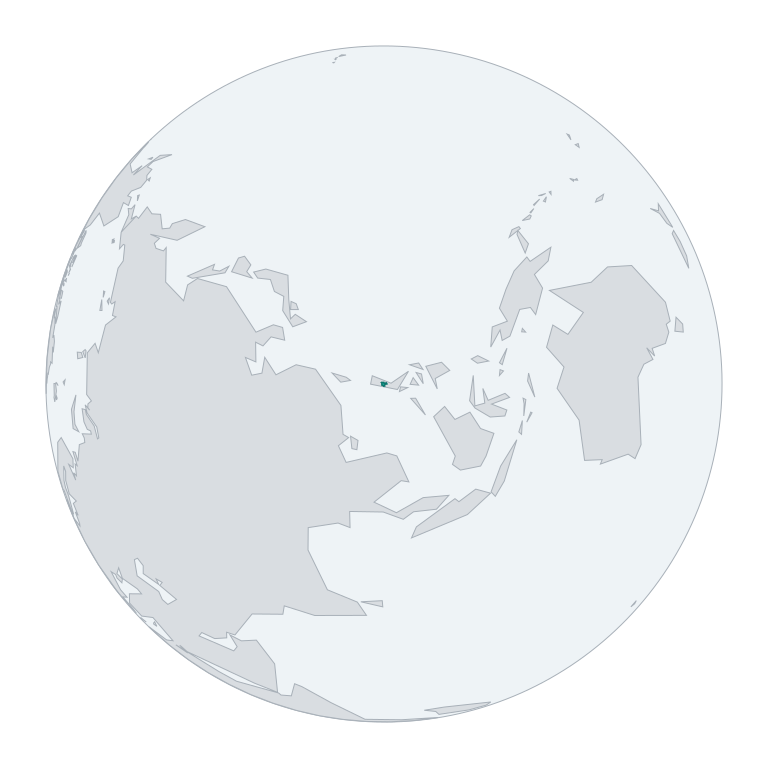 globe centered on Nueva Vizcaya, rotated 280°
{"feature_id": "PHL-2553", "entity_name": "Nueva Vizcaya", "entity_type": "Province", "adm_level": 1, "iso_a3": "PHL", "parent_name": "Philippines", "parent_adm1": "", "projection": "orthographic", "projection_center": [121.162, 16.271], "detail": "fine", "context": "on_globe", "style": "filled", "palette": "teal", "viewbox_px": 768, "rotation_deg": 280, "n_neighbors": 0, "source": "natural_earth", "source_scale": "10m", "svg_char_len": 10583}
<svg xmlns="http://www.w3.org/2000/svg" viewBox="0 0 768 768"><g transform="rotate(280 384 384)"><circle cx="384" cy="384" r="338" fill="#eef3f6" stroke="#a8b0b8"/><path d="M661.9,520.9L661.5,523.0L661.2,523.4L661.9,520.9ZM581.9,110.1L556.6,95.8L548.3,99.2L557.0,107.9L546.3,100.9L570.3,123.9L573.1,135.4L563.0,118.0L556.7,113.2L555.1,118.1L548.2,114.3L543.5,114.9L535.4,110.3L530.1,101.7L524.8,98.9L524.0,102.7L515.4,101.3L517.4,95.9L502.6,93.2L491.0,80.7L502.9,74.1L489.6,67.1L483.6,61.2L477.3,59.4L472.4,57.9L495.7,65.1L518.4,74.0L540.4,84.5L561.6,96.5L581.9,110.1ZM454.2,53.5L454.3,53.5L450.4,52.7L444.7,51.7L445.5,51.7L454.2,53.5ZM701.4,289.5L698.6,282.5L700.8,285.0L701.4,289.5ZM696.5,279.6L697.6,281.7L696.7,280.3L696.5,279.6ZM695.6,279.5L696.3,279.6L695.8,280.3L695.6,279.5ZM694.7,280.3L695.1,279.6L695.1,280.0L694.7,280.3ZM692.2,279.3L691.5,278.8L691.6,277.4L692.2,279.3ZM584.7,112.1L584.2,111.8L584.0,111.6L584.7,112.1ZM576.0,107.0L573.3,104.9L581.4,110.1L580.5,109.7L576.0,107.0ZM564.8,115.7L564.8,113.1L567.2,117.1L564.8,115.7ZM544.3,115.8L546.5,118.0L543.1,117.5L544.3,115.8ZM527.6,110.2L521.5,109.3L526.8,108.7L527.6,110.2ZM517.4,107.7L502.7,106.5L506.3,110.8L487.8,98.8L506.4,103.3L512.4,101.6L512.6,104.8L517.4,107.7ZM459.8,54.7L461.9,55.2L456.8,54.0L456.5,54.0L459.8,54.7ZM461.5,55.1L484.6,62.0L482.7,62.3L475.4,59.6L477.1,61.6L464.8,58.2L461.0,56.4L464.7,56.7L457.2,55.4L461.5,55.1ZM479.9,92.9L475.6,91.7L479.1,91.4L479.9,92.9ZM449.3,52.6L454.1,53.6L452.8,53.8L442.9,51.8L446.5,52.3L449.3,52.6ZM483.6,64.0L480.9,64.3L470.1,61.5L467.6,61.3L464.3,58.2L483.6,64.0ZM443.9,51.8L437.9,50.9L433.3,50.0L444.5,51.6L443.9,51.8ZM456.7,54.9L455.6,55.0L453.0,54.2L456.7,54.9ZM416.9,47.7L419.7,48.0L414.6,47.5L416.9,47.7ZM435.9,50.7L437.5,51.1L438.1,51.4L433.3,50.8L435.9,50.7ZM457.0,56.8L453.1,55.8L457.8,57.9L449.9,56.4L449.1,54.8L446.2,54.9L443.8,54.5L445.8,53.7L457.0,56.8ZM430.1,51.1L426.4,49.5L415.6,48.0L415.5,47.8L432.9,50.3L430.1,51.1ZM439.2,52.6L433.5,51.5L436.2,51.5L441.7,52.2L439.2,52.6ZM444.9,56.2L457.1,58.8L456.9,59.1L444.9,56.2ZM426.5,50.6L427.4,51.1L425.4,50.5L426.5,50.6ZM438.6,54.3L443.0,55.1L442.6,55.4L438.6,54.3ZM425.7,51.7L424.6,51.0L428.2,51.3L425.7,51.7ZM431.2,52.9L429.6,53.2L430.3,51.8L433.2,53.1L431.2,52.9ZM437.5,54.5L438.7,55.0L435.8,54.2L437.5,54.5ZM412.4,51.4L412.4,49.6L420.5,50.0L419.5,51.6L412.4,51.4ZM102.1,197.7L104.1,194.8L94.2,214.4L94.5,220.8L113.9,197.0L113.4,185.7L124.1,171.5L133.2,169.7L135.2,181.7L139.4,176.7L147.2,160.1L156.9,154.6L150.9,153.9L146.5,160.2L142.7,160.4L146.5,154.8L149.8,152.8L151.8,147.9L135.6,160.3L129.4,168.0L129.0,163.7L118.5,176.5L115.2,180.0L131.5,159.7L136.9,153.9L156.5,134.2L177.2,116.7L199.3,101.0L199.2,101.1L214.6,91.8L215.1,91.9L205.8,97.1L197.7,102.3L191.4,109.2L194.0,108.4L204.5,102.2L201.5,105.6L212.5,98.8L215.3,101.3L221.2,93.1L233.7,87.3L242.5,85.7L247.7,82.8L233.4,85.6L226.8,88.3L219.4,92.7L202.2,100.8L201.6,100.3L223.5,87.5L225.0,85.9L241.5,78.0L270.0,72.8L275.2,75.4L256.4,90.6L247.6,92.5L250.1,87.5L235.8,97.1L242.7,93.8L240.2,97.1L251.6,93.7L250.3,96.0L263.4,89.4L263.1,91.8L254.8,96.0L271.4,94.5L274.4,99.5L278.8,98.2L282.6,95.5L283.8,104.5L286.9,103.2L287.8,99.7L294.6,95.1L307.2,91.0L306.9,94.3L302.3,96.2L292.3,105.9L280.2,111.4L281.4,112.5L291.8,108.6L304.0,96.6L311.6,93.3L307.1,98.7L309.3,96.4L313.0,95.9L316.5,98.8L322.0,93.0L363.2,86.4L373.9,92.4L365.2,97.2L393.7,99.5L403.6,108.4L404.3,104.7L418.4,104.9L415.5,102.0L416.9,100.4L451.9,102.0L459.9,105.8L475.8,104.6L476.2,103.1L471.2,100.0L487.8,98.8L506.3,110.8L504.5,113.5L517.3,120.1L511.3,125.9L512.3,134.5L498.3,138.6L500.3,145.9L505.2,147.7L511.5,159.9L507.8,180.3L489.6,155.3L490.9,127.9L488.5,137.7L482.7,133.4L478.0,135.9L476.8,143.7L480.6,145.8L446.4,151.3L431.1,172.2L447.5,173.4L455.5,182.0L452.5,212.0L412.8,248.9L423.1,264.8L422.1,274.3L409.9,278.6L410.8,264.6L400.5,258.2L402.9,250.3L383.5,254.0L386.1,242.9L369.7,252.2L373.5,261.9L389.6,261.9L374.3,276.0L387.7,294.1L386.7,314.0L355.4,345.3L327.3,352.4L325.1,358.5L315.3,349.8L300.2,360.3L316.6,398.8L315.4,409.1L291.9,425.5L291.8,417.7L265.9,394.7L259.4,418.6L278.9,442.3L285.6,467.2L269.8,457.4L263.3,435.3L254.1,426.5L257.8,405.5L252.5,372.3L236.7,375.5L239.1,362.9L229.4,334.3L207.3,338.0L171.5,364.0L164.6,395.6L153.1,406.9L144.0,356.0L148.2,324.3L139.7,324.4L134.6,294.0L111.0,280.8L112.2,272.1L106.7,273.2L103.9,261.5L107.6,247.7L103.8,245.6L95.1,282.4L99.8,285.0L110.1,275.9L106.3,288.2L109.6,302.8L89.4,324.9L61.9,332.7L66.9,308.4L86.3,236.5L90.1,230.4L90.5,229.7L91.2,228.2L85.0,237.5L91.0,224.3L72.2,271.2L65.7,290.3L61.4,333.9L59.8,336.6L60.8,346.9L73.3,348.0L71.7,355.7L61.0,387.1L50.5,423.6L56.4,459.6L63.3,488.1L65.0,495.4L57.9,472.6L52.5,449.3L48.7,425.7L46.6,401.9L46.1,378.0L47.4,354.1L50.4,330.4L55.0,306.9L61.3,283.9L69.1,261.3L78.6,239.3L89.6,218.1L102.1,197.7ZM141.5,148.7L132.1,158.9L134.8,155.8L134.3,156.3L141.5,148.7ZM129.4,209.4L135.8,217.1L146.7,198.2L150.1,200.0L152.5,193.4L147.5,196.9L155.5,179.8L163.3,178.4L169.6,171.5L167.7,168.7L152.2,174.2L140.5,198.2L133.2,203.1L129.4,209.4ZM439.1,50.6L437.7,50.4L431.3,49.6L426.8,49.0L429.9,49.2L421.7,48.3L422.5,48.3L439.1,50.6ZM316.4,52.9L315.7,53.1L315.9,53.0L316.4,52.9ZM379.4,46.1L383.6,46.2L397.7,46.7L400.5,47.1L394.2,47.0L401.5,47.7L391.4,47.9L393.3,48.4L385.2,49.6L371.9,49.7L374.9,50.4L368.9,52.0L357.7,52.8L363.2,51.2L346.8,53.5L347.9,51.8L345.9,52.2L342.4,51.5L334.7,51.7L336.8,51.0L332.9,51.4L330.5,51.4L325.9,51.9L327.9,51.1L322.4,51.9L326.6,51.1L316.5,52.9L324.9,51.3L323.8,51.5L351.5,47.7L379.4,46.1ZM409.8,51.6L393.6,51.0L386.3,50.2L403.4,48.6L403.2,48.0L413.9,48.0L424.3,49.6L420.3,49.3L418.8,49.5L416.1,48.9L417.2,49.6L411.6,49.5L410.9,50.2L405.9,49.7L409.8,51.6ZM205.7,97.3L205.6,97.7L203.0,99.4L199.9,101.1L205.7,97.3ZM309.2,62.9L313.6,61.3L315.2,61.3L327.2,58.9L327.4,60.5L320.2,62.6L309.2,62.9ZM110.0,199.4L105.9,202.4L107.6,198.9L108.6,198.6L110.0,199.4ZM111.9,184.7L108.3,191.2L110.6,186.4L111.9,184.7ZM311.4,64.3L316.3,62.9L313.3,64.6L311.4,64.3ZM328.1,61.6L325.8,63.4L328.8,60.4L328.1,61.6ZM207.4,665.8L214.5,670.1L211.1,669.0L207.4,665.8ZM76.3,499.4L89.4,544.4L85.4,540.2L77.8,524.2L68.2,495.5L70.5,491.8L69.7,480.3L76.3,499.4ZM371.2,531.2L381.8,533.4L381.4,534.8L371.2,531.2ZM360.2,525.1L372.1,526.6L358.3,528.2L360.2,525.1ZM376.8,527.2L388.9,525.4L394.2,523.4L393.3,526.4L376.8,527.2ZM352.2,524.5L309.3,519.3L292.7,513.1L296.4,508.2L323.4,513.1L352.2,524.5ZM295.0,507.9L269.9,488.8L237.2,437.8L248.9,440.7L283.4,473.8L281.1,478.2L296.4,492.6L295.0,507.9ZM356.9,486.8L354.5,500.8L330.7,497.0L320.0,493.4L312.5,474.2L316.7,465.4L325.4,466.7L360.4,438.6L372.4,447.6L361.4,460.0L371.2,473.5L356.9,486.8ZM165.5,399.0L170.3,419.9L164.3,421.5L165.5,399.0ZM375.5,417.6L360.7,430.2L374.5,412.8L375.5,417.6ZM384.1,400.8L384.6,408.0L379.2,400.5L384.1,400.8ZM323.9,368.2L314.6,368.7L314.8,363.6L326.8,360.1L323.9,368.2ZM385.8,331.0L384.1,345.6L381.7,350.4L378.3,341.1L385.8,331.0ZM319.8,82.5L302.8,83.5L290.7,86.6L284.0,91.7L286.1,85.6L304.8,80.6L319.8,82.5ZM357.8,85.2L363.6,81.7L366.0,83.7L365.0,84.8L357.8,85.2ZM357.8,82.8L355.7,78.0L362.1,76.4L362.5,80.4L357.8,82.8ZM332.8,69.2L327.8,69.2L330.3,67.6L332.8,69.2ZM582.1,641.7L585.5,642.5L575.8,650.9L562.7,659.8L550.8,664.1L582.1,641.7ZM487.1,669.7L486.5,661.3L500.5,660.0L494.9,667.7L487.1,669.7ZM591.3,634.7L599.9,625.7L603.1,615.7L602.2,624.3L609.1,622.8L588.4,641.2L591.3,634.7ZM434.8,632.9L368.9,647.7L354.1,644.2L357.3,636.6L342.7,611.0L347.4,612.0L343.6,594.8L382.3,582.4L409.8,555.2L432.0,558.3L448.4,537.7L471.4,540.0L464.8,556.5L489.1,567.9L504.9,530.7L520.2,570.4L538.1,583.8L543.7,607.3L513.4,647.0L495.6,654.9L491.9,651.6L484.5,655.5L472.8,654.1L465.7,641.9L458.5,645.7L465.3,636.4L454.9,644.6L448.6,636.5L434.8,632.9ZM599.9,560.7L603.4,561.4L609.0,567.3L603.4,566.8L599.9,560.7ZM652.9,530.8L654.5,533.5L650.9,535.1L652.9,530.8ZM661.2,523.4L656.9,525.7L661.9,520.9L661.2,523.4ZM618.0,536.0L619.8,538.2L618.3,539.3L618.0,536.0ZM616.6,535.4L618.7,531.2L618.4,535.2L616.6,535.4ZM599.7,515.6L601.8,513.3L602.8,514.9L599.7,515.6ZM397.3,534.8L411.9,524.9L419.9,524.5L397.3,534.8ZM596.6,511.4L591.3,511.4L591.8,509.2L596.6,511.4ZM596.9,506.3L596.3,503.3L599.7,510.2L596.9,506.3ZM586.6,500.1L593.2,505.2L585.9,500.8L586.6,500.1ZM582.8,501.1L578.0,498.9L578.4,498.0L582.8,501.1ZM530.1,506.6L547.7,524.6L533.7,524.3L518.0,513.1L506.0,523.5L478.7,521.3L484.8,514.9L481.0,504.7L453.0,499.7L447.4,492.8L457.3,488.9L438.9,482.7L459.0,480.7L467.3,494.6L478.7,484.5L498.6,487.7L518.0,492.5L533.9,502.6L530.1,506.6ZM459.3,510.5L462.8,510.6L459.7,514.5L459.3,510.5ZM569.0,491.8L575.9,498.1L575.1,499.8L571.8,498.9L569.0,491.8ZM537.5,500.3L554.4,489.0L558.4,489.2L547.2,501.9L537.5,500.3ZM550.2,481.8L558.2,483.3L562.4,489.5L560.8,491.3L550.2,481.8ZM418.3,495.8L417.6,499.4L412.4,496.2L418.3,495.8ZM425.0,494.0L440.6,498.9L423.6,497.1L425.0,494.0ZM378.2,477.3L382.7,486.6L396.8,482.1L386.0,489.4L395.8,504.8L392.6,510.0L382.9,493.4L379.7,509.5L373.5,508.6L369.9,494.3L376.1,477.8L382.4,471.2L408.0,470.4L378.2,477.3ZM424.8,483.1L420.7,472.4L423.8,465.6L428.2,471.4L424.8,483.1ZM408.8,446.4L398.3,433.5L388.4,437.3L408.7,422.1L415.4,436.9L408.8,446.4ZM400.4,419.2L391.1,422.6L400.9,413.6L400.4,419.2ZM388.9,418.3L388.2,409.8L395.3,411.6L388.9,418.3ZM405.1,419.9L407.4,405.8L410.7,414.5L405.1,419.9ZM386.0,390.8L400.8,405.9L380.9,398.2L381.5,370.8L390.1,371.0L386.0,390.8ZM442.4,286.7L441.1,279.1L449.2,278.1L447.8,283.6L442.4,286.7ZM474.4,270.5L450.9,275.5L431.9,280.6L437.2,284.5L431.9,296.8L424.5,284.2L438.7,271.5L452.9,270.1L456.1,260.0L467.2,254.0L466.4,241.2L471.6,236.2L476.7,247.7L474.4,270.5ZM465.4,235.8L468.1,214.4L482.8,218.8L485.6,224.5L478.2,232.2L470.8,229.3L465.4,235.8ZM473.0,210.8L465.9,208.1L454.8,176.9L456.1,171.7L472.4,196.3L466.6,195.3L466.7,202.6L473.0,210.8ZM476.4,93.6L475.7,91.9L478.9,93.7L476.4,93.6ZM415.0,98.8L417.5,97.0L421.3,98.7L415.0,98.8ZM426.5,93.1L420.5,92.4L426.9,91.7L426.5,93.1ZM407.1,91.4L418.2,91.4L407.4,93.5L407.1,91.4Z" fill="#d9dde1" stroke="#a8b0b8" stroke-width="1"/><path d="M385.6,386.0L384.6,386.9L384.5,386.7L384.3,386.2L384.2,385.9L384.2,385.5L384.1,385.3L384.0,385.1L383.9,385.0L383.6,384.9L383.2,384.8L382.8,384.8L382.6,384.9L382.4,385.0L382.4,384.7L382.2,384.6L381.7,384.4L381.7,384.2L381.8,383.9L382.0,383.7L382.3,383.7L382.5,383.3L382.5,383.1L382.6,382.9L382.5,382.7L382.5,382.1L384.4,381.7L384.7,381.7L384.8,381.5L384.9,381.4L385.0,381.2L385.2,381.4L385.3,381.5L385.3,381.8L385.1,383.0L385.3,383.2L385.5,383.2L385.5,383.4L385.5,383.6L385.4,383.6L384.7,384.0L384.8,384.8L384.9,385.0L385.0,385.1L385.6,386.0Z" fill="#14b8a6" stroke="#0f766e" stroke-width="1.5"/></g></svg>